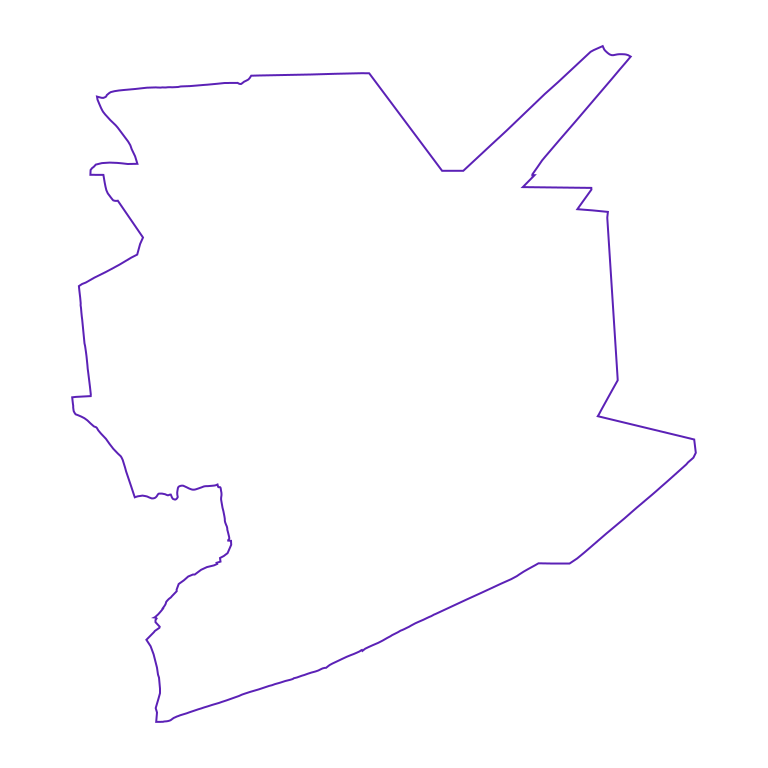 outline of Bolintin-Deal, Giurgiu, Romania
{"feature_id": "2599482B7504561423592", "entity_name": "Bolintin-Deal", "entity_type": "district", "adm_level": 2, "iso_a3": "ROU", "parent_name": "Romania", "parent_adm1": "Giurgiu", "projection": "equal_earth", "projection_center": [25.812, 44.45], "detail": "fine", "context": "isolated", "style": "outline", "palette": "violet", "viewbox_px": 768, "rotation_deg": 0, "n_neighbors": 0, "source": "geoboundaries", "source_scale": "gbopen_adm2", "svg_char_len": 5998}
<svg xmlns="http://www.w3.org/2000/svg" viewBox="0 0 768 768"><path d="M156.2,721.9L159.7,721.9L161.9,721.8L163.0,721.8L164.1,721.5L166.5,721.3L167.8,721.1L169.0,720.8L169.9,720.5L170.6,720.2L171.3,719.7L173.6,718.0L175.2,717.3L176.9,716.5L178.4,716.0L180.1,715.3L181.4,714.9L183.7,714.2L186.7,713.3L189.4,712.3L198.3,709.3L201.3,708.4L203.9,707.5L207.9,706.3L212.2,704.9L219.1,702.9L221.6,702.0L226.5,700.4L233.8,697.8L238.9,696.0L242.0,694.6L244.9,693.6L247.1,692.9L249.8,692.0L255.6,690.3L258.7,689.4L265.0,687.3L269.2,685.9L272.0,685.2L275.0,684.1L278.3,683.2L280.4,682.6L285.3,681.0L290.2,679.8L292.8,679.0L293.7,678.3L296.9,677.5L301.9,675.7L304.3,675.0L307.9,673.7L311.3,672.6L315.4,671.5L318.3,670.5L320.9,669.2L322.6,668.4L324.6,667.9L326.1,667.8L328.1,666.2L329.7,665.0L332.5,663.5L335.7,662.0L339.5,660.2L342.2,658.9L346.7,656.8L351.1,655.0L353.5,654.1L357.0,652.6L359.6,651.4L361.0,650.4L361.9,650.0L362.4,650.9L363.8,649.8L365.2,648.7L368.5,647.1L372.7,645.2L378.1,642.9L382.6,640.6L387.3,637.9L390.5,636.2L392.0,635.2L397.8,632.3L399.0,631.6L400.5,630.7L402.3,630.0L404.5,629.0L406.9,627.8L409.0,626.8L411.2,625.5L412.7,624.7L415.3,623.3L418.2,622.0L423.5,619.7L427.0,618.0L429.6,616.8L431.1,616.2L432.4,615.5L434.2,614.5L435.3,614.1L467.1,599.3L474.8,595.8L481.4,592.8L501.0,583.7L511.1,579.2L516.9,576.1L519.2,574.5L523.7,571.6L527.9,569.2L531.9,567.0L535.2,565.2L538.5,563.3L550.2,563.5L569.6,563.5L577.1,558.5L584.5,552.4L606.3,533.6L624.6,518.3L630.4,513.2L636.7,507.7L652.1,494.7L656.5,490.9L661.1,486.8L666.5,482.1L680.5,469.6L686.4,464.3L688.0,462.4L691.7,459.2L693.4,457.7L695.8,452.8L694.2,439.5L678.6,435.7L597.8,416.2L598.9,414.4L601.4,409.7L604.1,404.8L611.6,391.2L617.7,380.3L617.6,378.1L616.6,362.4L607.3,218.3L607.3,217.3L607.9,211.9L592.7,210.4L577.4,209.2L579.2,206.6L591.4,189.6L591.3,187.9L522.8,187.1L534.5,175.2L533.0,175.2L533.4,174.8L532.5,174.2L537.5,167.1L542.1,160.4L545.1,156.8L559.7,139.7L575.2,121.8L583.4,112.2L593.8,100.0L612.0,78.7L619.8,69.4L625.3,63.0L630.7,56.6L628.0,55.1L625.9,54.5L624.4,54.3L621.9,54.2L619.2,54.2L617.3,54.4L614.2,55.0L613.0,55.2L611.5,55.1L609.6,54.4L607.7,53.0L606.8,52.2L605.5,51.0L604.3,49.6L603.9,48.8L602.7,46.1L593.7,50.1L590.6,51.8L557.9,82.3L544.8,94.0L506.5,130.7L490.7,145.3L463.3,170.8L442.1,170.8L369.2,73.3L362.0,73.2L335.1,73.8L311.0,74.5L258.8,75.5L251.2,75.7L249.8,77.9L248.4,79.5L246.4,80.6L244.1,81.7L241.8,83.5L241.0,84.0L239.7,83.9L238.6,83.5L237.7,82.9L224.6,83.0L216.9,83.8L207.2,84.7L204.3,84.9L196.0,85.6L189.8,86.1L181.7,86.4L180.4,86.5L178.1,87.0L174.0,87.2L172.1,87.3L170.8,87.2L169.0,87.2L167.2,87.3L165.7,87.5L162.3,87.4L160.5,87.6L157.4,87.5L155.9,87.4L152.7,87.5L146.9,87.7L142.3,88.2L135.1,89.0L123.8,90.0L118.9,90.5L114.4,91.2L110.8,92.1L109.3,93.0L106.8,95.1L106.3,96.2L105.8,96.8L104.8,97.3L103.3,97.9L101.5,97.8L97.0,96.6L97.3,98.2L97.5,99.6L99.4,104.2L101.0,107.9L102.1,110.1L103.0,111.7L105.2,114.5L110.3,120.1L115.7,125.3L117.7,127.6L128.1,141.5L130.3,145.2L131.7,149.2L135.1,156.3L137.4,163.8L127.7,164.0L121.7,163.3L117.1,162.9L109.7,162.6L101.9,163.1L95.8,164.6L93.9,166.7L92.0,168.2L90.6,170.0L90.4,174.8L103.4,174.9L104.7,182.6L105.5,186.7L106.4,190.3L107.8,193.4L110.8,197.4L112.6,199.7L113.3,200.4L115.3,200.9L116.9,200.9L117.8,200.7L143.0,237.5L140.1,244.0L137.2,254.6L131.3,257.6L119.4,264.7L106.4,271.7L94.3,277.7L85.7,282.6L82.1,284.0L78.9,286.1L79.4,290.9L80.2,297.8L80.7,303.3L80.6,305.2L81.0,307.9L81.4,312.6L81.8,316.6L82.2,319.7L83.1,329.0L84.5,343.4L85.1,346.1L86.0,352.3L86.5,356.2L86.9,360.1L87.4,365.0L87.7,368.7L88.1,371.7L88.9,378.1L89.9,386.2L90.8,394.4L90.7,396.1L75.9,396.9L72.2,397.3L72.5,400.2L72.9,403.7L73.2,405.8L73.2,407.6L73.5,409.8L73.7,411.1L74.5,412.7L75.6,414.3L78.0,415.2L81.3,416.6L84.4,418.2L87.4,420.4L90.5,423.4L93.9,426.4L96.2,427.3L96.9,428.0L98.3,430.4L100.9,433.5L106.0,438.9L109.3,443.6L113.3,448.8L117.8,453.5L120.8,456.3L121.6,457.6L122.7,459.9L125.1,467.7L126.1,471.4L131.3,486.8L134.2,495.6L134.8,497.3L136.2,496.8L137.9,496.3L140.0,496.0L142.5,495.6L143.7,495.8L144.9,496.0L146.8,496.4L147.6,496.7L149.1,497.4L150.4,497.9L151.7,498.4L153.0,498.4L154.1,498.2L155.1,497.8L156.0,497.1L156.8,496.2L157.9,494.4L158.5,493.8L158.7,493.7L159.5,493.6L160.6,493.6L162.0,493.6L165.0,494.2L166.6,494.9L167.5,495.2L168.0,495.3L168.7,495.1L169.4,494.8L170.1,494.6L170.8,494.6L171.9,497.3L172.3,498.0L172.7,498.6L173.0,498.9L173.4,499.1L174.1,499.3L174.7,499.5L175.5,499.5L176.3,499.1L177.1,498.2L177.7,497.2L177.7,496.7L177.3,494.8L177.2,492.5L177.5,490.4L177.9,488.1L178.1,487.6L178.5,486.9L179.0,486.5L179.6,486.2L180.4,485.9L181.5,485.7L183.1,485.7L184.1,486.1L186.7,487.3L189.1,488.5L191.2,489.3L192.3,489.6L193.2,489.7L194.7,489.6L195.9,489.3L198.0,488.6L199.7,488.0L201.7,487.3L203.7,486.5L205.2,486.2L208.2,486.1L212.8,485.7L214.6,485.5L215.9,485.2L217.5,484.5L218.1,486.8L218.7,487.2L219.4,487.1L219.8,487.1L220.1,487.2L220.4,487.5L220.6,488.0L220.8,489.0L221.1,491.1L221.4,492.5L221.5,494.0L221.5,495.2L221.3,496.5L221.1,498.0L221.1,499.6L221.4,501.3L222.5,507.7L223.4,511.2L224.4,516.3L224.8,518.9L224.8,520.0L224.9,521.1L225.2,522.4L225.6,523.5L226.3,525.3L226.8,526.4L227.0,527.2L227.2,528.0L227.3,529.0L227.3,529.8L227.5,530.4L228.1,532.7L228.9,536.0L229.2,537.4L229.3,538.3L229.2,538.8L228.7,539.5L228.2,540.1L228.2,540.6L231.0,540.8L231.2,544.8L227.6,553.1L223.8,556.0L220.0,558.0L220.5,561.6L216.6,562.8L217.1,564.0L213.9,565.4L206.9,567.1L201.1,569.8L194.8,574.5L193.0,574.5L188.2,576.5L183.9,580.3L178.7,584.0L176.6,589.7L176.7,591.2L171.7,596.4L171.0,597.3L168.9,598.9L167.9,599.9L167.1,600.8L166.3,601.7L166.0,602.6L165.7,603.7L165.3,604.6L164.3,606.2L162.7,608.4L163.0,608.6L161.6,610.4L159.9,612.4L158.1,614.4L155.0,617.2L154.4,617.5L155.9,617.7L156.6,618.5L155.5,620.0L155.5,622.2L159.7,626.7L159.4,627.8L154.8,631.0L154.0,632.1L146.4,639.8L150.6,646.2L153.6,654.3L157.0,667.7L158.0,674.6L159.0,677.6L160.0,688.6L160.0,693.2L158.3,699.3L155.7,708.1L157.0,712.5L156.2,721.9Z" fill="none" stroke="#5b21b6" stroke-width="2"/></svg>